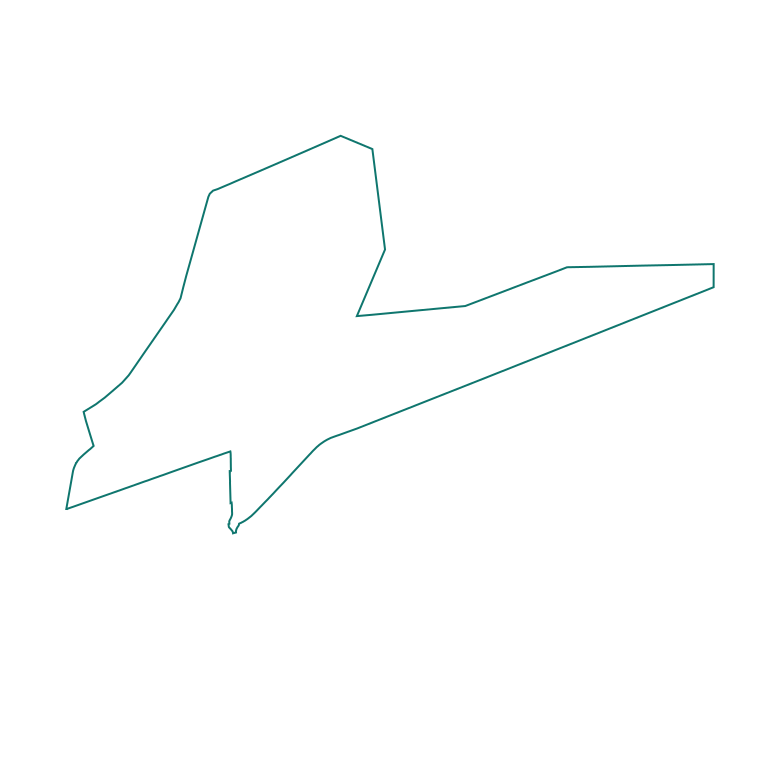 outline of Almere, Flevoland, Netherlands, rotated 113°
{"feature_id": "6326949B15537896627734", "entity_name": "Almere", "entity_type": "district", "adm_level": 2, "iso_a3": "NLD", "parent_name": "Netherlands", "parent_adm1": "Flevoland", "projection": "equal_earth", "projection_center": [5.3, 52.443], "detail": "fine", "context": "isolated", "style": "outline", "palette": "teal", "viewbox_px": 768, "rotation_deg": 113, "n_neighbors": 0, "source": "geoboundaries", "source_scale": "gbopen_adm2", "svg_char_len": 3838}
<svg xmlns="http://www.w3.org/2000/svg" viewBox="0 0 768 768"><g transform="rotate(113 384 384)"><path d="M527.0,649.6L529.8,647.5L530.0,647.3L530.9,646.7L531.1,646.5L531.5,646.2L534.5,643.9L538.8,640.3L545.6,634.6L553.3,628.1L553.7,627.8L553.7,627.7L553.8,627.6L554.2,627.4L554.3,627.2L554.5,627.1L557.5,628.5L558.8,629.1L560.0,629.8L566.5,633.0L567.9,633.6L569.2,634.2L570.6,634.8L571.7,635.3L573.4,635.7L574.7,636.1L574.9,636.1L575.4,636.2L575.6,636.2L576.5,636.3L577.1,636.7L577.8,636.5L578.9,636.6L580.1,636.6L581.6,636.6L582.3,636.6L583.5,636.5L584.4,636.4L585.3,636.3L586.2,636.1L587.1,635.9L596.6,633.7L623.2,627.6L622.9,626.8L622.8,626.7L622.7,626.7L622.2,626.3L619.1,622.9L619.0,622.7L618.7,622.4L618.5,622.2L605.5,608.0L605.4,607.9L599.0,600.9L592.7,594.0L586.3,587.0L585.7,586.3L580.5,580.7L580.0,580.1L567.2,566.2L565.2,563.9L563.8,562.4L562.0,560.5L561.3,559.7L560.9,559.3L560.8,559.2L560.7,559.1L560.3,558.6L560.2,558.5L560.0,558.3L557.5,555.5L556.5,554.5L554.3,552.0L547.9,545.1L541.3,537.9L534.8,530.8L529.2,524.7L521.8,516.5L516.4,510.6L516.1,510.2L514.2,508.1L513.8,507.7L513.5,507.3L513.3,507.2L513.0,506.8L512.8,506.5L510.8,504.4L506.1,499.1L506.5,498.8L507.6,498.2L508.8,497.6L509.9,497.1L511.3,496.5L512.5,495.9L513.7,495.4L515.8,494.5L517.6,493.7L519.9,492.7L522.1,491.7L523.4,491.1L523.5,491.1L523.8,491.0L524.3,491.8L524.4,492.0L525.1,491.7L526.0,491.3L526.0,491.2L526.4,491.1L526.5,491.0L527.5,490.6L533.3,487.9L533.5,487.8L533.7,487.7L534.2,487.5L535.0,487.2L553.1,478.9L553.6,478.7L553.3,478.3L553.2,478.3L552.8,477.9L554.8,476.8L556.1,476.2L556.4,476.1L558.4,475.1L560.5,474.2L562.1,473.4L563.3,472.9L564.4,472.7L565.8,472.6L567.7,472.6L569.4,472.8L570.1,472.8L570.8,472.8L571.5,472.5L573.1,471.7L573.2,471.8L573.8,472.4L575.1,471.6L575.3,471.5L575.8,471.2L576.1,471.0L576.5,470.6L576.7,470.1L577.6,468.1L578.4,466.6L578.5,466.3L578.7,466.1L578.9,465.8L579.3,465.4L580.0,464.8L580.4,464.6L578.5,462.2L577.6,462.7L577.0,462.8L576.4,463.0L575.8,463.0L575.3,463.1L574.8,463.1L572.8,462.9L571.6,462.6L570.7,462.5L569.8,462.7L569.3,462.8L569.2,462.8L568.9,462.5L568.2,461.9L567.5,461.2L566.7,460.6L566.0,460.0L565.7,459.7L565.2,459.4L564.4,458.8L564.1,458.6L563.9,458.4L563.6,458.2L562.7,457.7L561.9,457.1L561.0,456.6L560.1,456.1L559.2,455.6L558.3,455.1L557.4,454.6L556.5,454.2L555.5,453.8L554.9,453.5L553.9,453.1L553.0,452.7L552.0,452.3L551.0,451.9L548.9,451.1L545.2,449.7L544.7,449.5L544.0,449.2L539.0,447.3L535.5,445.9L534.9,445.7L534.1,445.4L533.2,445.1L532.8,444.9L531.9,444.6L531.5,444.4L530.6,444.1L529.1,443.5L524.1,441.7L519.2,439.9L514.2,438.0L503.1,434.0L502.9,434.0L502.4,433.8L477.5,424.8L476.6,424.4L476.2,424.3L475.6,424.1L473.1,423.2L472.6,423.0L471.7,422.6L470.7,422.2L469.7,421.8L468.7,421.4L467.8,421.0L466.9,420.5L466.0,420.1L465.0,419.6L464.2,419.1L463.3,418.6L462.4,418.0L461.6,417.5L460.8,417.0L459.9,416.4L459.1,415.8L458.3,415.2L457.5,414.6L456.8,414.0L456.0,413.3L455.3,412.7L454.5,412.0L453.9,411.4L453.3,410.7L452.6,410.0L449.3,406.4L449.1,406.1L442.7,399.2L442.1,398.6L441.8,398.2L441.6,398.0L435.5,391.4L422.4,378.1L336.9,291.2L286.8,240.5L211.6,164.4L166.1,118.4L144.8,127.4L161.6,164.6L174.1,192.5L195.9,240.7L205.0,261.1L214.6,271.0L223.4,280.2L226.1,283.0L234.2,291.5L280.5,339.7L285.5,349.0L302.7,380.9L325.3,422.7L327.1,426.1L332.1,435.5L259.8,435.6L172.3,486.5L172.5,520.9L196.2,543.3L227.9,573.4L255.5,599.8L260.4,604.4L261.1,605.1L261.3,605.3L261.8,605.8L264.5,608.4L267.1,610.9L269.6,613.3L272.8,616.9L276.9,618.7L280.3,618.8L303.6,615.8L339.8,611.1L361.6,608.3L373.2,606.6L384.5,604.8L389.2,605.1L390.8,605.4L397.9,606.3L409.9,608.8L411.0,609.0L443.3,615.7L447.1,616.5L472.6,621.7L475.8,622.4L485.2,625.6L500.0,632.9L505.8,635.8L510.2,638.4L512.2,639.6L512.3,639.6L515.1,641.2L524.3,647.7L525.0,648.2L527.0,649.6Z" fill="none" stroke="#0f766e" stroke-width="2"/></g></svg>